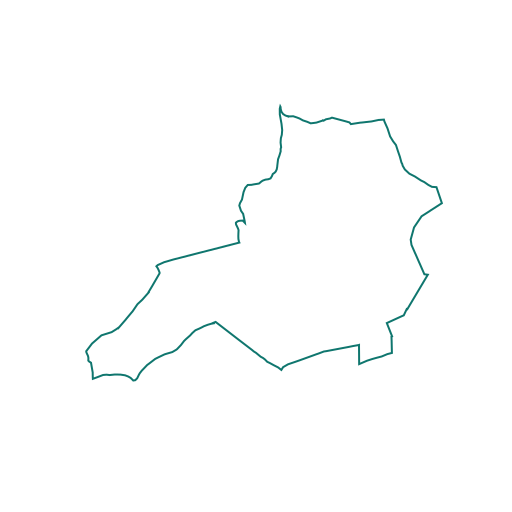 the district of Songea Urban, Ruvuma, United Republic of Tanzania, rotated 342°
{"feature_id": "72390352B83796809810419", "entity_name": "Songea Urban", "entity_type": "district", "adm_level": 2, "iso_a3": "TZA", "parent_name": "United Republic of Tanzania", "parent_adm1": "Ruvuma", "projection": "albers", "projection_center": [35.59, -10.637], "detail": "fine", "context": "isolated", "style": "outline", "palette": "teal", "viewbox_px": 512, "rotation_deg": 342, "n_neighbors": 0, "source": "geoboundaries", "source_scale": "gbopen_adm2", "svg_char_len": 3548}
<svg xmlns="http://www.w3.org/2000/svg" viewBox="0 0 512 512"><g transform="rotate(342 256 256)"><path d="M325.3,121.3L324.1,123.3L322.4,128.7L321.1,138.2L319.8,144.4L318.0,148.7L316.1,151.6L315.3,153.5L314.4,155.8L313.5,160.4L312.6,161.6L312.3,162.4L311.8,164.1L309.3,167.7L306.8,170.9L306.6,171.4L304.7,175.5L304.1,176.8L303.7,177.8L303.4,178.3L302.5,180.0L302.3,180.2L300.8,181.8L299.3,182.6L297.3,183.2L295.8,185.0L293.8,186.7L291.4,186.8L288.7,186.3L287.6,186.3L285.8,186.4L285.6,186.4L283.9,186.9L281.8,187.8L281.2,188.0L279.9,187.8L278.6,187.6L276.1,187.2L273.6,186.9L270.1,185.9L266.9,187.8L263.9,191.4L260.1,198.0L257.1,200.8L255.7,202.9L255.7,207.3L255.7,208.3L256.1,209.7L256.8,212.0L256.7,212.5L256.7,212.8L256.0,219.3L255.7,221.1L255.6,220.9L255.4,220.4L255.0,219.6L254.5,218.7L254.3,218.2L253.9,218.1L253.1,217.9L251.7,217.5L249.9,217.3L248.5,217.6L247.4,218.0L247.2,218.1L247.1,218.3L246.9,219.2L246.8,220.0L247.1,222.0L247.4,224.4L247.4,226.0L246.3,228.9L245.3,231.7L244.5,234.5L244.4,235.6L244.2,237.0L244.3,238.1L203.3,235.5L176.3,233.8L173.1,233.7L169.2,233.6L166.8,233.5L162.2,234.0L160.1,234.2L159.4,234.4L158.1,235.0L158.7,236.9L159.0,238.9L159.2,241.9L158.9,242.7L148.1,252.4L142.7,257.1L142.8,257.4L134.4,262.4L128.6,265.1L128.0,265.5L121.4,270.6L120.2,271.3L113.2,275.7L112.5,276.2L103.2,281.8L103.2,281.6L100.4,282.5L95.2,283.8L84.5,283.7L73.0,288.6L65.1,294.1L64.9,295.3L65.1,297.2L65.3,298.7L65.3,299.6L65.2,300.6L64.8,302.1L64.5,302.8L64.2,303.7L64.7,304.8L66.1,306.5L64.7,316.3L63.4,320.5L62.9,322.4L68.1,322.2L73.8,321.9L77.2,322.7L80.0,324.0L84.7,325.0L90.2,326.8L94.6,329.0L97.2,331.1L99.1,333.2L100.3,335.5L100.8,336.5L102.8,336.8L105.2,335.6L107.8,332.9L109.2,331.6L112.0,329.7L113.9,328.7L118.9,326.0L120.5,325.5L128.4,322.7L132.5,322.1L133.3,322.0L138.5,321.3L138.9,321.3L140.4,321.3L146.7,321.5L151.2,320.5L152.1,320.2L157.1,317.5L161.3,314.6L163.5,313.5L168.8,311.2L169.5,310.8L171.6,309.6L175.2,308.0L175.5,307.9L179.7,307.5L182.5,307.1L184.7,306.7L188.9,306.5L192.5,306.6L194.7,306.9L194.5,306.4L197.2,306.2L213.8,330.5L223.3,344.3L224.4,346.1L226.1,348.1L226.4,348.6L227.6,350.5L229.3,353.2L231.2,355.2L231.4,355.5L232.5,357.1L233.8,359.7L233.9,360.0L236.1,362.1L239.0,365.2L242.6,368.8L244.9,372.2L247.4,370.1L253.0,368.9L260.5,368.8L265.0,368.7L280.4,368.2L283.1,368.1L284.7,368.1L291.1,367.8L293.4,368.2L299.6,369.0L315.9,371.1L320.3,371.6L326.0,372.4L326.5,372.4L326.1,373.6L324.3,379.3L320.7,390.7L329.2,389.9L334.7,389.9L339.6,390.1L344.5,390.4L350.6,389.9L355.3,390.2L355.5,389.5L358.8,378.5L359.9,374.6L360.6,374.5L359.7,360.2L376.0,358.3L378.2,358.1L383.0,353.0L383.4,353.4L413.6,326.9L410.5,325.4L409.4,314.3L409.2,312.5L408.3,303.3L408.2,302.7L407.3,293.5L408.2,288.2L415.1,277.7L417.0,276.2L425.1,269.9L425.7,269.4L434.5,267.1L436.6,266.5L449.1,263.2L448.9,246.3L444.7,244.6L441.9,241.7L438.9,237.7L436.2,235.1L431.7,229.5L427.3,225.1L424.3,219.7L423.4,215.5L423.5,213.2L423.2,212.3L423.5,206.0L423.4,200.0L423.4,193.7L421.8,189.2L420.5,183.7L420.5,183.3L420.5,175.3L419.7,167.6L419.8,165.8L415.0,164.6L414.7,164.5L408.1,163.8L407.3,163.7L402.0,162.6L398.5,161.9L396.4,161.4L393.9,161.0L387.0,159.9L386.9,159.6L386.8,159.4L386.3,158.2L386.1,157.8L383.0,155.7L371.0,147.9L369.0,148.1L364.8,147.6L362.1,148.2L361.6,147.6L361.2,147.8L354.7,147.8L351.4,147.2L349.0,146.7L346.3,144.3L342.5,141.5L339.9,138.7L337.7,136.9L334.6,134.6L331.0,133.6L329.1,132.6L329.1,132.8L327.3,131.4L325.6,129.3L324.8,126.7L324.9,123.9L325.4,121.9L325.3,121.3Z" fill="none" stroke="#0f766e" stroke-width="2"/></g></svg>